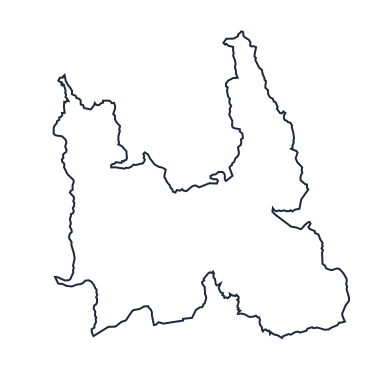 Rio Pardo, Rio Grande do Sul, Brazil, rotated 174°
{"feature_id": "56859067B39474699620723", "entity_name": "Rio Pardo", "entity_type": "district", "adm_level": 2, "iso_a3": "BRA", "parent_name": "Brazil", "parent_adm1": "Rio Grande do Sul", "projection": "robinson", "projection_center": [-52.435, -30.08], "detail": "fine", "context": "isolated", "style": "outline", "palette": "slate", "viewbox_px": 384, "rotation_deg": 174, "n_neighbors": 0, "source": "geoboundaries", "source_scale": "gbopen_adm2", "svg_char_len": 5945}
<svg xmlns="http://www.w3.org/2000/svg" viewBox="0 0 384 384"><g transform="rotate(174 192 192)"><path d="M313.4,250.5L312.3,246.6L313.1,244.9L315.5,243.5L316.4,242.3L316.4,239.2L318.1,238.0L318.0,236.0L316.3,233.7L316.1,231.9L316.8,230.3L313.9,222.6L308.5,216.2L308.7,214.0L310.1,211.1L310.5,206.7L312.8,205.6L313.5,204.1L310.0,199.3L310.2,197.1L311.1,195.1L310.2,193.8L310.8,190.2L312.2,188.7L311.6,185.0L312.9,183.1L314.7,182.7L315.0,180.5L316.2,178.2L315.8,173.2L317.1,170.4L315.8,167.2L315.8,164.7L317.6,163.4L318.9,160.8L318.9,158.4L317.0,155.0L317.5,152.0L316.0,143.8L315.6,138.4L318.0,131.0L317.5,129.0L318.6,126.1L318.3,124.6L322.1,118.1L324.0,117.1L327.7,117.3L334.5,121.3L337.1,121.8L334.8,115.4L333.7,114.6L330.3,114.1L326.8,111.8L321.5,110.6L316.0,112.0L312.5,112.0L310.0,112.9L307.4,115.0L304.0,115.0L301.3,113.2L299.2,109.8L298.4,106.7L297.1,104.7L297.6,102.0L297.0,99.5L298.4,97.1L297.6,95.8L298.0,92.1L299.4,90.0L301.1,89.4L302.0,86.2L300.7,83.1L301.4,79.1L300.2,77.1L301.1,75.9L301.0,72.6L302.9,70.0L303.2,67.4L306.3,65.9L306.1,62.0L305.0,59.0L289.4,66.6L282.1,66.2L275.8,70.2L271.1,71.3L264.0,79.8L262.4,80.7L256.4,81.1L251.7,83.2L247.6,83.0L247.1,81.4L245.2,79.2L244.4,76.5L244.8,74.3L243.8,63.7L242.0,63.7L238.8,66.0L234.2,64.1L214.3,65.1L214.2,66.8L205.2,66.8L200.3,74.4L196.1,76.5L194.3,76.3L193.0,77.4L192.4,79.2L191.1,79.8L189.6,83.3L189.0,84.9L189.0,87.0L189.7,88.9L189.3,96.1L191.3,99.4L191.5,101.3L189.2,102.7L189.6,104.2L184.5,109.3L182.4,110.3L180.8,109.4L179.4,110.6L178.7,108.7L179.4,106.9L179.4,104.5L178.2,103.1L178.0,97.6L176.8,96.4L173.1,98.1L175.5,93.7L174.1,89.3L171.7,88.1L172.6,86.3L171.1,85.3L170.8,83.2L168.8,83.6L167.5,82.6L165.0,84.4L165.0,86.8L162.5,84.7L161.2,84.8L159.9,83.9L158.5,85.1L156.6,82.7L156.8,81.0L158.3,80.1L156.9,78.3L158.9,73.1L157.8,71.6L158.8,70.4L156.4,69.0L158.3,67.8L159.1,66.0L155.4,65.9L152.2,64.7L147.9,61.7L143.1,61.7L141.4,62.4L139.8,60.5L138.4,60.3L137.8,58.0L138.5,55.1L138.2,52.9L136.6,50.1L136.8,48.3L136.1,46.0L134.9,47.2L133.0,47.6L131.5,45.9L129.6,46.0L129.3,42.6L128.0,44.1L125.5,41.8L121.7,40.5L117.8,37.4L116.8,38.9L110.8,40.6L108.7,39.8L104.1,41.8L101.2,42.1L99.3,40.9L92.7,42.1L91.6,43.9L86.6,45.0L85.6,43.9L81.6,44.1L74.2,41.1L70.2,41.1L67.9,42.4L61.3,44.4L59.3,46.8L58.1,46.4L53.5,47.2L55.3,52.7L55.3,55.5L51.2,63.0L47.3,67.3L46.9,70.4L48.4,79.3L47.6,81.7L48.3,84.5L47.3,87.7L47.5,89.9L50.0,95.5L53.4,100.0L55.5,100.8L61.4,99.7L63.4,100.4L66.6,102.1L67.3,104.6L69.7,107.0L69.0,118.1L67.8,120.4L69.1,122.5L67.7,124.3L68.1,125.9L67.4,127.5L69.3,131.2L70.7,136.5L74.0,138.4L74.0,140.3L78.7,142.9L79.9,144.9L77.4,148.1L78.1,149.9L79.6,149.7L83.1,147.5L86.8,144.0L88.1,143.8L92.0,145.8L97.0,147.2L111.7,160.9L114.1,164.1L113.3,167.5L112.0,165.3L110.2,164.0L107.7,164.6L105.8,163.8L101.9,164.1L100.7,163.2L97.1,162.8L95.8,163.6L94.2,162.2L91.4,163.7L86.9,164.1L84.1,173.3L76.1,182.3L77.2,184.1L76.9,187.4L78.7,188.1L82.7,192.3L82.7,194.6L81.6,197.9L80.3,199.5L80.6,202.6L79.8,205.0L84.1,210.5L85.4,214.7L82.9,219.9L83.7,221.7L88.9,224.6L87.4,225.5L87.4,227.1L85.5,230.8L85.9,232.3L84.9,234.4L85.1,241.3L86.0,245.8L85.5,247.4L86.8,250.5L89.5,251.6L90.3,253.0L92.2,253.8L92.9,255.5L92.6,258.1L90.9,260.9L92.8,262.5L94.2,260.8L96.3,261.4L98.9,265.9L97.9,267.5L99.6,272.7L101.2,273.4L101.9,276.3L104.6,278.1L106.0,281.4L105.8,285.3L108.2,288.1L106.9,294.8L108.2,296.0L108.0,297.5L109.4,302.1L109.8,306.3L112.1,308.4L115.2,316.6L114.5,318.9L115.6,319.8L115.4,322.2L113.1,329.3L115.2,330.5L117.7,330.5L118.9,331.4L118.2,334.8L119.8,337.7L123.7,340.6L124.5,342.3L124.5,345.8L126.3,346.6L127.4,345.3L129.7,343.9L129.9,342.2L134.5,340.2L141.8,340.8L145.2,337.1L143.6,335.1L142.4,335.8L140.5,333.6L135.9,332.0L136.4,328.6L136.0,326.3L136.8,323.1L135.7,319.3L135.2,314.9L136.3,311.7L135.6,307.9L135.9,305.2L134.7,300.8L139.4,301.0L144.5,298.9L146.8,296.4L147.2,293.5L145.5,292.3L146.6,289.4L146.4,285.7L146.1,283.2L144.5,280.5L145.3,279.2L145.3,275.8L144.0,273.7L145.9,270.5L145.6,268.2L146.9,265.1L144.5,258.6L145.2,253.7L144.6,251.9L143.2,251.0L137.8,249.4L138.1,247.2L135.8,244.8L135.7,240.4L137.9,239.1L137.7,236.5L138.6,233.7L141.6,231.7L141.2,226.8L141.6,224.5L143.2,222.3L145.1,221.2L146.9,217.7L149.0,216.3L149.5,214.6L151.2,213.7L152.2,212.3L150.0,203.9L157.0,199.4L158.1,201.1L157.6,205.1L158.0,206.9L159.6,208.8L163.4,209.2L166.7,207.1L169.7,207.0L172.0,205.9L172.0,203.9L169.7,202.6L166.0,202.0L165.0,200.4L166.4,197.8L173.8,198.9L184.3,195.9L187.6,198.1L189.3,198.1L191.6,197.4L197.5,193.4L200.6,194.4L201.5,195.9L203.6,194.6L206.9,195.5L208.6,193.2L210.9,194.3L211.4,197.0L212.9,198.4L213.5,201.1L215.6,204.1L218.0,210.2L215.8,217.0L219.1,219.5L222.0,220.3L226.3,223.3L230.2,229.6L231.7,233.7L234.8,236.3L236.4,234.9L235.8,232.6L236.5,231.0L235.5,229.3L236.3,227.3L238.1,225.6L245.5,224.7L247.1,225.4L249.6,223.6L252.7,222.5L255.1,223.0L256.8,222.3L265.6,224.6L269.8,224.9L269.6,227.1L268.2,228.0L265.7,228.3L264.7,229.6L259.1,228.3L258.2,230.1L256.6,229.5L255.6,230.6L254.1,230.8L253.2,232.4L253.0,239.4L257.2,245.2L260.3,247.0L259.3,248.8L259.8,251.2L259.3,255.4L257.4,260.2L257.8,262.0L256.7,265.1L260.0,269.6L261.0,272.2L260.7,276.1L262.2,277.8L259.8,282.9L259.5,285.6L260.2,288.8L262.5,288.7L263.8,290.9L265.0,291.5L271.0,292.1L271.1,290.2L273.1,289.8L275.5,288.1L278.0,288.5L279.3,290.7L280.5,288.3L284.0,284.7L290.5,286.7L291.3,289.9L293.5,290.6L293.2,294.9L295.2,297.0L297.0,297.4L297.5,299.7L301.2,301.8L300.7,305.1L302.8,309.6L303.9,310.7L306.0,316.0L306.5,321.7L307.9,320.7L308.5,319.3L311.4,319.5L313.3,316.7L311.5,315.1L310.2,314.9L309.5,313.6L310.7,312.8L310.0,311.5L308.2,311.9L307.1,305.7L307.8,303.9L307.0,302.0L307.9,299.6L306.5,298.1L305.4,295.4L307.0,296.0L308.4,294.3L309.7,294.9L310.5,289.8L310.3,284.1L313.0,284.2L313.0,281.9L314.5,280.4L316.3,280.0L316.4,277.6L318.8,276.6L319.3,274.6L321.8,272.3L322.8,270.3L323.5,264.4L321.7,262.6L315.3,260.9L312.4,257.4L311.7,254.4L313.4,250.5Z" fill="none" stroke="#1e293b" stroke-width="2"/></g></svg>